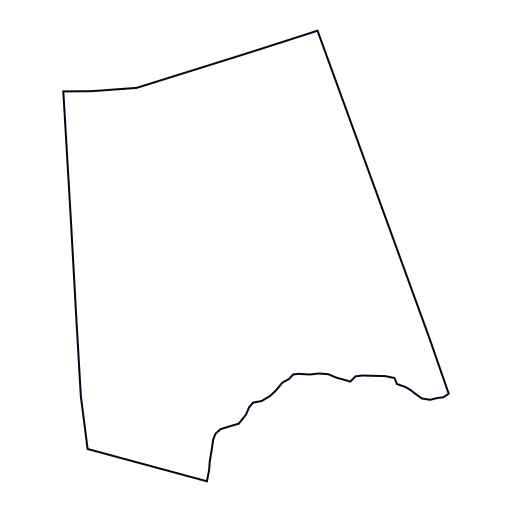 Alto Alegre do Maranhão, Maranhão, Brazil
{"feature_id": "56859067B93761697279907", "entity_name": "Alto Alegre do Maranhão", "entity_type": "district", "adm_level": 2, "iso_a3": "BRA", "parent_name": "Brazil", "parent_adm1": "Maranhão", "projection": "natural_earth1", "projection_center": [-44.362, -4.21], "detail": "fine", "context": "isolated", "style": "outline", "palette": "ink", "viewbox_px": 512, "rotation_deg": 0, "n_neighbors": 0, "source": "geoboundaries", "source_scale": "gbopen_adm2", "svg_char_len": 763}
<svg xmlns="http://www.w3.org/2000/svg" viewBox="0 0 512 512"><path d="M448.7,393.7L429.8,339.3L364.2,159.0L317.5,30.7L251.2,52.0L136.5,87.9L91.2,91.2L63.3,91.4L70.8,218.8L76.9,328.7L77.5,338.3L80.8,395.9L87.6,449.0L206.9,481.3L209.1,470.2L209.7,462.2L210.6,456.4L212.0,447.8L213.1,439.8L215.5,433.7L220.5,429.2L227.7,426.9L238.7,423.7L245.9,414.8L249.2,407.1L253.1,402.6L261.7,401.0L270.2,395.9L276.0,390.4L282.4,382.6L289.0,379.0L293.1,374.5L298.4,373.8L304.2,374.2L309.9,374.5L318.8,373.5L328.2,374.2L336.5,377.7L343.6,379.6L350.3,381.6L355.6,376.3L362.7,375.5L373.0,375.8L385.2,376.1L394.5,378.0L397.0,384.1L405.3,386.9L410.8,390.2L415.2,393.7L421.9,398.5L430.1,399.8L437.8,397.9L443.4,397.3L448.7,393.7Z" fill="none" stroke="#020617" stroke-width="2"/></svg>